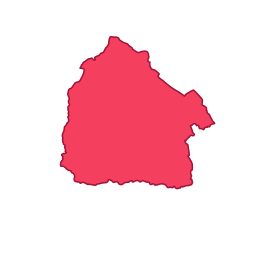 the district of Sop Prap, Lampang, Thailand, rotated 53°
{"feature_id": "78962969B39670710087023", "entity_name": "Sop Prap", "entity_type": "district", "adm_level": 2, "iso_a3": "THA", "parent_name": "Thailand", "parent_adm1": "Lampang", "projection": "orthographic", "projection_center": [99.346, 17.89], "detail": "fine", "context": "isolated", "style": "filled", "palette": "rose", "viewbox_px": 256, "rotation_deg": 53, "n_neighbors": 0, "source": "geoboundaries", "source_scale": "gbopen_adm2", "svg_char_len": 5739}
<svg xmlns="http://www.w3.org/2000/svg" viewBox="0 0 256 256"><g transform="rotate(53 128 128)"><path d="M88.7,70.9L87.9,71.5L87.0,71.7L85.3,71.2L85.1,70.9L84.5,69.3L83.9,68.7L82.1,67.7L80.5,67.0L79.4,66.8L78.5,66.9L77.7,67.3L76.8,68.2L76.3,69.0L75.1,71.1L74.5,73.3L73.9,74.3L73.5,74.7L72.6,75.3L68.5,76.7L67.6,76.8L66.5,76.6L65.9,76.6L63.7,77.5L62.8,77.7L60.8,77.7L60.1,78.1L57.1,80.1L52.9,81.7L52.3,81.7L50.8,81.4L50.1,81.5L49.4,81.9L48.2,82.8L46.9,84.6L45.3,86.2L44.8,86.8L44.6,87.3L44.7,87.6L45.2,88.6L45.8,89.5L46.5,90.3L48.9,92.6L49.4,93.2L49.8,94.0L50.3,95.4L50.8,98.0L52.6,101.6L52.8,102.2L52.6,103.2L52.3,103.6L52.3,104.2L52.0,104.9L52.5,106.9L52.5,107.6L52.4,108.4L51.8,110.0L51.6,111.7L51.7,112.2L51.8,112.4L53.3,112.9L53.6,113.0L53.7,113.3L53.8,113.5L53.7,113.8L53.5,114.1L53.2,114.3L52.6,114.5L51.0,114.6L50.5,114.9L50.1,115.4L49.9,116.0L49.7,116.6L49.1,118.0L49.0,118.5L48.9,119.9L48.9,122.5L48.8,123.8L49.1,125.2L49.7,125.9L49.7,127.2L50.4,128.1L50.8,129.3L51.4,130.2L53.7,128.1L54.3,127.8L54.6,127.7L54.9,127.8L55.4,128.0L57.5,130.5L59.1,133.2L61.0,137.3L61.4,138.3L61.4,139.0L61.3,139.9L61.1,140.5L60.7,141.2L60.3,142.1L60.2,142.6L60.2,143.2L60.4,143.9L62.0,148.7L62.1,149.1L62.0,149.6L61.6,150.9L61.7,151.7L61.8,152.2L62.2,152.9L62.6,153.4L63.7,154.6L64.7,155.8L67.4,156.7L68.5,156.7L68.7,156.8L69.1,157.2L69.8,157.7L69.9,157.9L70.1,158.7L71.3,159.9L72.1,160.2L73.5,160.5L74.4,160.9L74.7,161.5L74.7,162.4L74.8,163.0L75.3,163.6L76.4,164.2L77.0,164.8L77.4,164.9L79.7,165.8L80.0,166.1L80.1,166.8L80.3,167.0L80.6,167.2L81.5,167.2L82.2,167.5L82.3,168.0L82.8,168.4L82.8,169.2L83.0,169.4L85.4,170.3L86.1,170.7L86.9,171.4L87.3,172.1L87.5,174.2L88.0,174.6L88.4,175.5L88.8,177.8L89.2,178.4L89.7,178.9L91.5,180.6L92.9,183.0L93.8,184.4L94.2,184.8L95.3,185.5L96.2,185.7L96.7,186.1L97.9,187.2L100.0,188.5L101.1,188.7L101.9,189.2L102.7,189.1L103.4,188.7L103.9,188.8L104.4,189.1L104.9,189.9L105.3,190.2L106.5,190.6L107.7,190.9L108.0,191.3L108.5,191.9L108.7,192.1L108.9,192.2L110.1,192.0L110.4,192.1L110.5,192.5L110.3,193.8L110.1,194.1L109.4,195.3L109.3,196.3L109.4,197.0L109.6,197.2L110.1,197.4L110.6,197.4L111.4,197.2L111.8,197.2L112.4,198.1L112.9,198.5L113.9,199.0L114.1,199.2L114.3,200.6L114.7,201.7L115.2,202.5L116.5,203.8L117.0,204.2L117.5,204.5L117.9,204.5L118.2,204.4L118.7,203.9L119.5,202.8L120.3,202.4L122.2,201.8L123.3,201.9L126.0,201.0L127.7,199.6L128.3,199.6L129.2,199.8L129.9,199.8L131.2,199.0L131.6,199.0L133.1,199.0L134.2,199.5L135.1,200.2L136.2,201.7L136.7,202.0L137.3,202.3L138.2,202.4L139.0,202.3L142.0,199.5L142.4,199.3L142.8,199.3L143.2,199.4L143.7,198.9L143.9,197.2L144.1,196.8L145.2,195.9L148.4,194.4L148.8,194.1L150.3,192.0L150.9,191.6L152.5,190.1L153.7,189.1L154.1,188.4L154.3,187.7L154.2,186.9L154.3,186.3L155.2,184.6L156.1,182.3L158.4,178.3L158.6,177.9L158.6,176.5L158.4,175.9L157.8,175.1L157.7,174.7L157.9,174.1L158.2,173.9L160.4,172.8L162.1,172.5L162.6,172.2L163.1,171.6L163.3,171.0L163.4,170.4L163.7,169.9L164.3,169.2L164.8,168.9L165.5,168.8L167.1,168.9L168.0,168.6L168.9,167.8L169.5,166.7L169.6,166.0L169.6,163.6L169.7,163.3L170.8,161.7L171.7,159.9L171.7,158.1L172.1,157.0L172.3,156.8L172.6,156.6L173.6,156.9L174.0,156.8L174.4,155.9L174.7,153.9L175.0,153.1L175.6,152.1L176.6,151.4L177.2,151.2L178.1,151.0L178.4,150.8L178.5,150.4L178.8,148.5L178.9,147.9L179.1,147.6L181.8,146.2L182.2,145.9L183.5,144.3L184.2,144.0L184.8,144.0L186.1,144.2L186.5,144.1L186.8,144.0L187.0,143.5L187.5,142.0L187.7,141.5L188.0,141.2L188.3,141.1L189.6,140.9L190.0,140.7L190.3,140.4L191.9,136.5L192.6,135.1L193.2,134.3L194.6,133.0L195.7,132.4L196.4,132.2L197.5,132.2L198.1,132.0L199.1,132.3L199.4,132.1L199.9,131.5L200.8,129.9L202.1,128.7L202.4,128.3L202.5,127.8L202.3,126.6L202.4,126.3L202.7,126.1L204.0,126.2L204.3,126.2L205.6,125.6L206.0,125.2L206.5,124.3L206.7,123.3L207.3,122.6L207.3,122.4L206.8,121.0L206.8,120.7L207.8,120.0L208.0,119.7L209.0,116.5L209.2,116.1L210.3,114.5L211.4,111.6L211.4,111.2L210.6,109.8L210.6,109.4L207.7,108.1L207.2,108.1L206.6,108.6L206.3,108.7L206.2,108.6L205.5,107.8L204.9,106.6L204.3,105.9L204.0,105.8L202.7,105.6L201.7,105.0L200.3,104.0L200.1,103.7L200.0,103.4L200.2,102.2L198.7,100.6L195.4,98.4L194.3,98.0L192.6,97.6L191.4,97.5L190.1,97.3L188.7,97.3L188.0,97.1L187.6,97.1L186.8,97.3L186.7,97.2L186.4,96.8L186.6,95.5L186.3,95.1L185.8,94.8L182.6,93.1L177.8,90.5L177.2,90.3L176.8,90.3L176.5,90.4L175.9,90.8L174.9,90.9L173.8,90.8L172.6,90.2L172.9,90.1L173.1,89.8L172.7,88.7L172.3,86.7L171.7,82.2L171.9,81.8L172.3,81.5L172.8,81.3L173.3,80.7L173.6,80.0L173.4,79.3L173.0,78.9L172.8,78.8L170.9,79.0L169.6,78.8L169.3,78.6L169.0,78.2L168.7,78.0L168.0,78.1L167.6,78.0L166.5,77.5L164.6,77.1L163.9,76.8L163.9,76.6L164.2,75.6L164.2,75.0L164.1,73.2L164.5,72.4L165.0,71.8L165.3,71.7L165.8,71.6L167.2,71.8L167.4,71.7L167.6,70.8L167.9,70.5L168.3,70.4L169.2,70.5L170.8,71.0L171.5,71.2L172.9,69.6L173.4,69.3L174.4,68.8L174.8,68.5L174.7,67.9L174.6,67.4L174.0,66.9L173.9,66.6L174.4,64.9L175.3,64.0L175.2,63.7L174.9,63.3L174.9,63.1L176.1,62.1L176.0,61.8L175.3,60.6L175.2,59.9L175.5,58.5L176.4,56.5L176.4,56.0L176.2,55.9L175.4,55.9L173.8,56.2L172.8,56.2L170.7,55.7L168.5,55.5L167.0,55.1L166.1,54.9L164.1,55.5L163.5,55.5L162.7,55.2L161.8,54.6L161.1,54.7L159.7,53.6L158.6,53.2L157.7,53.4L156.7,53.7L154.9,54.8L154.4,54.8L154.1,54.8L153.5,54.5L151.9,53.0L150.8,52.0L150.3,51.7L148.9,51.5L146.2,51.7L139.8,52.3L138.2,52.6L137.2,52.9L136.9,53.5L136.7,54.2L135.9,60.8L136.0,61.8L136.4,63.7L129.8,65.8L126.3,67.4L120.7,69.3L114.8,70.9L110.5,71.7L110.1,72.0L109.7,72.2L105.3,73.1L104.7,73.0L104.4,72.3L103.8,70.8L103.7,70.6L102.6,70.6L100.1,71.1L98.3,71.6L97.4,72.1L97.0,72.5L96.4,72.7L95.2,73.7L94.9,73.8L93.9,73.6L92.9,73.3L91.9,73.3L91.7,73.2L89.5,71.8L88.7,70.9Z" fill="#f43f5e" stroke="#9f1239" stroke-width="1.5"/></g></svg>